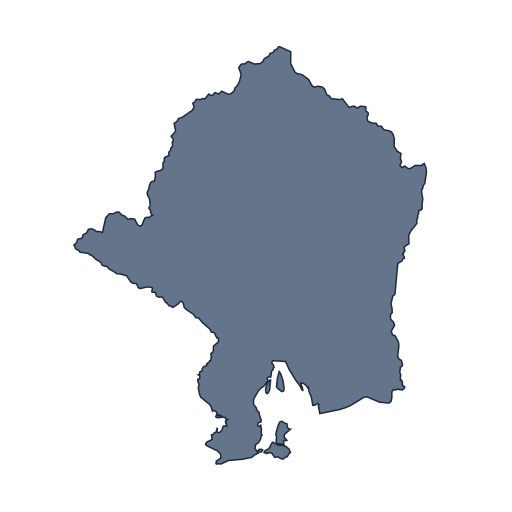 the district of Kapoe, Ranong, Thailand, rotated 263°
{"feature_id": "78962969B6628282712550", "entity_name": "Kapoe", "entity_type": "district", "adm_level": 2, "iso_a3": "THA", "parent_name": "Thailand", "parent_adm1": "Ranong", "projection": "albers", "projection_center": [98.584, 9.581], "detail": "fine", "context": "isolated", "style": "filled", "palette": "slate", "viewbox_px": 512, "rotation_deg": 263, "n_neighbors": 0, "source": "geoboundaries", "source_scale": "gbopen_adm2", "svg_char_len": 6034}
<svg xmlns="http://www.w3.org/2000/svg" viewBox="0 0 512 512"><g transform="rotate(263 256 256)"><path d="M422.5,228.8L418.2,224.5L418.8,222.0L418.0,220.3L418.8,215.9L416.1,213.6L415.3,211.8L411.4,212.8L408.4,210.5L402.5,199.4L401.9,195.8L399.3,194.0L397.6,190.9L389.6,191.4L385.2,186.4L382.0,188.1L379.6,187.6L379.3,186.8L374.9,186.6L374.0,185.0L371.2,183.9L369.7,182.1L366.1,181.8L365.6,178.7L364.2,176.8L361.8,176.8L359.7,175.0L354.1,174.3L352.6,171.6L352.0,167.4L351.2,166.1L347.6,165.9L342.9,164.4L342.5,161.5L341.8,160.5L338.7,158.6L335.8,157.9L332.4,155.7L329.4,155.8L326.1,157.2L320.2,157.2L318.6,157.0L316.7,155.4L314.0,156.8L311.2,156.8L309.0,158.4L308.4,156.1L307.2,154.7L307.8,152.7L307.2,150.3L300.7,146.6L300.0,145.6L300.0,144.0L301.4,142.3L307.4,140.1L308.5,135.8L308.0,133.4L311.6,130.6L313.1,127.7L316.2,125.5L316.6,122.8L315.4,119.8L315.7,115.5L312.4,111.6L298.0,106.4L299.3,103.9L299.7,100.8L302.1,98.2L303.0,96.1L303.0,93.0L299.5,90.6L298.2,87.0L294.9,85.5L294.3,80.9L291.1,79.5L288.9,76.5L288.1,77.2L285.2,77.7L282.9,80.9L281.3,81.6L279.0,89.9L277.4,91.2L276.4,93.2L272.1,96.8L269.3,100.4L267.8,101.6L265.7,102.0L264.1,105.1L264.3,106.6L260.8,108.8L257.8,113.1L255.5,115.4L254.7,119.1L252.1,125.2L245.7,128.4L244.2,130.0L243.0,134.0L239.0,135.3L238.1,136.2L237.8,137.8L238.6,143.8L237.5,148.9L236.3,149.3L233.8,148.3L232.6,148.5L232.2,151.6L228.7,152.3L227.7,153.1L226.9,154.8L226.7,158.2L221.0,160.5L220.3,161.7L217.0,163.8L216.7,165.8L215.3,166.6L215.2,167.5L217.8,172.7L220.0,175.2L220.0,176.7L218.1,178.0L213.7,178.5L211.1,180.6L205.6,186.9L202.0,188.8L201.9,190.5L200.8,191.9L196.3,194.8L189.1,201.3L185.9,202.3L185.1,205.1L179.4,207.2L179.0,208.8L175.2,208.1L171.9,202.9L166.2,201.8L164.5,199.3L161.4,199.3L157.7,198.3L157.7,197.1L156.6,196.9L154.8,193.7L154.0,194.1L153.0,193.5L152.7,190.7L151.1,189.1L148.4,188.2L147.9,186.2L145.4,185.3L145.1,184.2L144.1,185.6L141.3,185.3L140.7,183.3L139.9,182.9L135.1,183.7L132.5,182.7L126.1,183.0L122.6,183.9L114.3,191.9L111.7,193.1L107.4,193.8L107.4,196.1L106.9,197.1L104.9,198.2L103.5,197.6L102.0,201.6L99.7,204.4L99.6,205.7L97.5,206.1L97.2,207.7L95.4,205.4L94.7,206.0L93.6,206.1L93.3,205.6L91.0,206.5L90.4,206.0L91.4,203.4L90.7,202.5L87.1,200.8L85.4,198.6L85.2,197.1L86.6,195.7L89.2,196.7L89.6,196.4L86.0,194.8L85.2,192.5L84.0,191.4L83.9,190.0L79.2,190.1L77.3,184.4L75.7,183.2L74.7,183.0L73.4,184.5L67.2,194.0L63.5,196.7L59.8,196.5L57.2,191.6L54.8,191.0L54.2,191.5L54.5,192.8L53.8,195.9L56.4,203.9L55.9,217.5L56.7,227.4L58.5,229.9L60.0,234.1L65.3,231.6L68.9,232.8L70.6,235.9L73.2,238.0L76.4,239.1L77.4,240.2L79.6,239.5L83.5,240.3L87.5,240.0L86.5,238.1L87.5,236.9L90.3,237.9L90.5,240.5L92.3,241.2L98.2,239.9L100.2,240.1L103.4,237.9L105.3,237.8L109.1,235.5L114.1,236.1L121.8,241.9L124.2,244.6L125.9,248.0L130.4,252.3L131.7,252.6L132.9,251.9L133.6,252.4L134.5,254.1L133.9,255.6L134.2,256.0L140.1,257.6L141.0,259.1L142.6,259.4L143.3,260.4L145.8,260.0L147.7,258.5L150.1,259.7L147.7,272.4L138.8,275.3L127.7,280.4L122.3,283.5L117.0,285.5L116.9,286.1L118.7,286.1L124.4,284.9L124.1,287.2L121.1,290.2L118.8,291.3L119.3,292.1L115.5,292.0L109.2,293.7L100.8,294.2L100.6,295.7L102.1,299.0L100.6,300.5L99.8,299.6L91.8,300.1L93.4,320.3L94.4,325.7L96.0,331.4L102.4,345.5L102.8,347.4L102.6,349.1L95.9,360.7L93.8,369.9L95.1,372.3L98.9,373.6L104.7,374.3L106.3,375.7L106.1,378.7L106.8,380.8L105.8,382.2L105.3,385.1L106.7,387.3L108.2,387.6L109.6,385.6L113.9,386.0L114.9,384.2L115.8,384.8L116.4,384.2L120.3,385.1L124.0,384.5L125.7,385.4L127.6,385.4L129.1,387.8L130.4,388.2L134.7,387.6L136.2,385.4L139.5,384.4L149.4,386.9L153.1,386.9L160.0,384.3L160.8,382.4L161.7,381.7L164.9,381.1L170.2,385.1L173.6,384.4L176.4,382.2L177.9,381.9L181.5,382.4L183.3,384.4L188.1,384.6L191.9,384.1L199.6,386.9L200.7,388.8L201.8,389.4L230.3,395.6L231.8,396.7L233.1,400.0L235.1,401.3L235.7,403.1L237.1,403.1L240.0,401.7L240.7,403.0L242.0,403.1L243.1,404.6L246.3,403.9L247.9,405.8L249.6,409.3L258.0,410.1L262.0,412.8L268.8,419.7L271.6,419.7L274.3,421.2L277.0,421.5L278.4,422.6L281.2,423.0L281.5,425.5L282.9,426.8L285.5,426.8L292.5,428.5L299.8,428.2L302.2,428.9L303.0,429.9L305.2,430.3L307.5,432.4L318.9,435.5L323.4,435.4L327.4,434.2L325.7,430.9L326.5,425.1L324.0,419.8L324.3,417.5L327.2,414.6L325.9,411.9L328.3,409.8L331.5,411.9L335.3,411.2L340.1,412.4L342.8,408.9L348.1,406.4L355.2,407.6L360.3,406.8L362.6,405.6L363.8,403.9L365.8,398.2L369.5,396.3L370.1,392.7L373.1,391.5L373.6,387.8L376.1,383.5L379.4,382.9L383.4,384.9L384.7,384.6L386.7,382.7L390.8,383.1L392.0,377.9L390.5,374.5L392.9,371.6L392.3,366.3L401.6,360.9L401.0,358.5L403.1,349.7L405.8,348.4L407.4,345.9L413.2,344.5L415.4,342.6L416.9,338.7L416.6,334.9L417.1,333.4L419.0,332.0L424.7,329.8L429.6,324.7L430.9,322.6L432.1,318.8L433.9,317.0L442.9,313.9L454.5,315.4L460.9,304.9L460.8,303.7L458.9,302.3L458.1,299.5L456.0,297.9L455.3,294.6L452.9,293.1L450.9,288.3L448.2,286.5L446.4,283.5L446.8,277.6L450.1,272.0L448.1,268.2L448.3,265.6L447.8,264.3L445.1,261.8L437.9,263.4L431.6,261.0L427.2,258.1L425.6,255.8L422.6,254.5L420.1,250.8L419.9,248.2L423.8,242.0L421.3,239.0L423.2,235.2L421.0,232.4L420.7,231.2L422.5,228.8ZM60.4,265.2L63.8,262.0L65.1,257.7L65.2,255.6L69.2,250.0L68.7,249.2L63.2,245.3L61.7,241.3L59.9,240.0L58.5,242.8L59.2,243.8L58.7,247.5L53.9,250.0L54.0,253.2L51.8,256.0L51.1,258.1L52.7,260.8L53.0,262.6L55.4,264.3L56.9,266.3L60.4,265.2ZM73.8,254.4L69.2,253.3L67.0,254.4L65.7,260.7L68.4,260.7L69.7,261.5L69.0,262.9L69.3,264.2L73.0,261.9L75.3,262.3L79.9,269.1L80.4,267.6L81.8,266.4L85.9,266.2L86.2,264.7L88.8,261.5L88.5,259.5L84.9,257.2L78.6,254.6L76.0,253.9L73.8,254.4ZM123.7,260.4L121.7,261.5L118.6,264.7L118.2,265.4L118.8,267.1L121.4,267.8L129.3,267.6L136.3,266.1L138.5,264.9L131.9,262.3L123.7,260.4ZM131.3,254.8L128.0,251.5L122.9,249.3L119.4,249.1L118.0,250.2L118.5,251.3L121.2,253.1L131.0,255.4L131.3,254.8ZM62.6,239.1L63.5,237.9L63.7,235.4L62.0,233.9L61.0,234.9L60.9,237.0L61.2,238.0L62.6,239.1ZM100.0,201.7L102.0,200.0L102.6,197.7L101.8,196.5L100.8,196.8L100.2,197.8L100.0,201.7Z" fill="#64748b" stroke="#1e293b" stroke-width="1.5"/></g></svg>